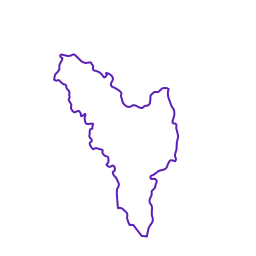 Timis, Natural Earth projection, rotated 234°
{"feature_id": "ROU-280", "entity_name": "Timis", "entity_type": "County", "adm_level": 1, "iso_a3": "ROU", "parent_name": "Romania", "parent_adm1": "", "projection": "natural_earth1", "projection_center": [21.523, 45.663], "detail": "fine", "context": "isolated", "style": "outline", "palette": "violet", "viewbox_px": 256, "rotation_deg": 234, "n_neighbors": 0, "source": "natural_earth", "source_scale": "10m", "svg_char_len": 4190}
<svg xmlns="http://www.w3.org/2000/svg" viewBox="0 0 256 256"><g transform="rotate(234 128 128)"><path d="M60.5,77.1L65.4,76.2L67.1,75.5L68.4,74.2L68.8,73.1L68.9,72.9L70.1,73.3L82.2,80.8L85.3,83.6L86.1,85.7L87.3,87.2L88.3,87.8L89.6,88.2L94.9,89.1L95.6,89.1L97.2,88.7L98.3,88.7L100.1,89.1L101.0,89.6L101.4,90.1L101.2,91.4L101.4,92.1L102.5,93.4L103.6,93.9L104.9,94.2L105.8,94.1L106.4,93.8L106.7,93.3L106.9,92.7L106.9,91.4L107.1,90.8L107.5,90.2L108.2,89.6L109.1,89.2L110.4,89.0L111.0,89.2L111.2,89.7L111.3,90.6L111.9,92.0L114.2,93.9L115.7,94.6L116.9,94.6L118.9,93.1L119.9,92.8L121.1,92.6L122.5,92.6L123.4,93.0L124.7,94.3L125.2,94.4L125.8,94.2L127.7,92.5L130.0,90.9L130.5,90.3L130.9,89.7L131.0,88.9L131.0,88.2L131.2,87.5L132.1,87.1L133.5,87.0L136.4,87.3L137.7,87.7L138.4,88.3L138.5,89.0L138.5,89.9L138.7,90.8L139.3,91.5L140.1,91.8L142.5,91.5L143.4,91.6L144.3,92.1L146.2,93.9L148.0,95.2L148.7,96.1L149.1,96.8L148.9,97.4L148.6,98.0L148.5,98.5L148.6,99.0L149.0,99.3L150.1,100.0L150.6,100.6L151.0,101.3L151.7,102.0L152.3,101.9L152.8,101.4L153.7,99.7L154.9,97.8L155.5,97.1L156.2,96.8L157.4,96.7L160.2,97.9L161.2,98.5L161.9,99.1L163.0,100.6L163.7,101.4L164.2,101.6L164.6,101.5L164.7,100.9L164.6,99.4L164.6,98.5L164.8,97.7L165.2,97.1L165.6,97.1L166.2,97.5L167.0,98.1L167.9,98.4L169.8,98.4L170.4,98.3L170.9,97.9L171.3,97.3L171.8,94.9L172.1,94.2L172.4,93.7L173.1,93.4L174.1,93.2L176.2,93.2L177.4,93.5L178.3,94.1L179.1,94.9L180.1,95.8L181.6,96.1L185.1,96.4L185.9,96.8L186.4,97.4L186.6,98.2L187.0,98.7L187.7,99.1L189.1,99.7L189.7,100.2L190.4,100.9L191.3,101.6L192.6,101.9L193.9,101.9L195.6,101.7L196.8,101.9L198.9,102.9L199.7,102.9L200.3,102.5L200.8,102.0L201.4,101.5L202.1,101.2L205.3,100.5L206.8,100.4L207.3,100.2L207.7,99.7L208.2,98.2L208.6,97.7L208.9,97.4L210.5,96.7L213.4,99.5L214.3,101.3L214.5,103.3L214.9,104.6L215.4,106.2L216.3,107.3L218.6,109.0L219.3,109.7L220.2,111.1L221.8,114.6L222.5,115.5L223.2,115.9L224.3,115.4L224.9,115.2L225.6,115.2L226.5,115.8L226.8,116.5L226.5,117.3L225.8,118.1L222.4,120.9L221.4,121.9L220.7,123.0L220.3,124.0L219.9,126.1L219.7,126.8L219.4,127.4L219.1,127.7L218.4,128.0L208.9,129.6L205.7,131.6L203.3,136.0L202.8,136.4L202.2,136.4L201.5,136.3L200.7,136.2L199.5,136.3L198.7,136.2L198.1,135.9L197.1,134.8L196.4,134.3L195.3,134.1L194.4,134.5L192.2,136.2L190.0,137.5L188.2,138.0L186.3,138.3L183.3,138.3L182.7,138.7L182.6,139.3L182.8,140.0L183.0,141.3L183.2,141.8L183.5,142.1L184.0,142.2L185.1,142.3L185.2,142.7L184.7,143.4L182.5,144.7L180.8,145.3L179.1,145.5L178.0,145.3L177.0,145.0L176.3,144.4L175.7,143.6L175.2,142.8L174.4,141.0L173.8,140.2L172.9,139.6L171.7,139.2L170.8,139.4L167.8,141.1L163.8,142.7L161.7,143.2L160.2,143.2L159.5,142.7L158.4,141.4L157.6,140.9L156.6,140.5L154.6,140.0L153.0,139.1L151.6,138.8L148.9,138.8L146.5,139.5L145.0,140.5L144.2,141.6L143.8,142.8L143.6,144.0L143.6,145.1L143.0,146.2L141.8,147.3L138.2,149.1L136.6,150.3L135.8,151.3L135.9,152.2L136.0,153.3L136.0,154.3L135.6,155.3L134.7,156.8L134.5,157.7L134.6,158.6L134.8,159.6L135.4,160.4L138.3,163.2L140.0,164.4L140.7,165.1L141.1,165.8L141.4,166.7L141.4,167.4L141.4,168.1L141.4,168.7L141.7,169.8L141.7,170.4L141.3,171.1L139.6,173.0L139.4,173.9L139.4,175.0L139.9,178.0L139.8,179.1L139.4,180.2L139.0,181.0L137.4,182.9L135.7,183.7L133.6,181.4L131.4,179.8L128.9,178.6L119.8,176.0L116.1,175.9L114.6,175.3L111.7,173.5L110.3,172.0L107.4,168.1L106.0,167.2L105.1,167.4L103.7,168.8L102.9,169.1L101.9,168.9L101.1,168.3L100.4,167.6L99.5,166.9L95.4,165.3L92.4,164.0L91.1,163.1L87.8,159.2L82.2,154.7L79.4,151.0L78.2,149.8L76.8,149.2L75.2,148.8L74.0,148.0L73.5,146.5L75.4,145.1L76.6,144.0L76.9,142.5L75.8,139.9L73.3,136.0L73.0,134.3L73.6,131.5L74.6,129.5L74.9,128.6L75.2,127.1L75.1,121.4L75.3,120.3L75.7,119.2L75.7,118.2L75.0,117.2L73.9,116.7L73.0,117.0L72.2,118.0L71.7,119.2L70.6,120.0L69.5,120.3L68.3,120.1L67.3,119.3L66.5,117.8L64.5,115.5L63.7,114.3L63.5,113.6L63.4,113.2L63.2,111.0L62.9,110.1L62.3,109.4L60.8,108.5L60.2,108.0L57.4,103.5L56.1,102.3L54.5,101.7L51.2,101.4L49.6,100.8L45.1,97.1L43.5,96.1L40.2,94.8L38.7,93.8L37.4,92.0L35.6,87.1L34.6,85.4L29.2,79.5L32.7,75.6L46.5,75.3L48.6,72.3L52.1,73.0L55.5,74.2L58.0,76.3L58.9,76.8L59.9,77.1L60.5,77.1Z" fill="none" stroke="#5b21b6" stroke-width="2"/></g></svg>